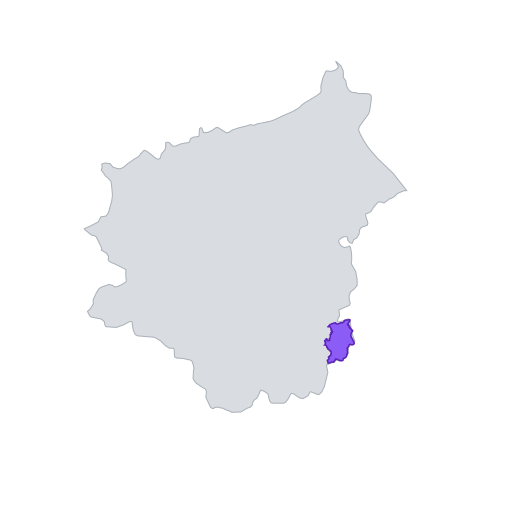 location of Braslaw, Vitebsk, Belarus, rotated 153°
{"feature_id": "67162791B18102707107362", "entity_name": "Braslaw", "entity_type": "district", "adm_level": 2, "iso_a3": "BLR", "parent_name": "Belarus", "parent_adm1": "Vitebsk", "projection": "mercator", "projection_center": [27.102, 55.56], "detail": "fine", "context": "in_parent", "style": "filled", "palette": "violet", "viewbox_px": 512, "rotation_deg": 153, "n_neighbors": 0, "source": "geoboundaries", "source_scale": "gbopen_adm2", "svg_char_len": 7719}
<svg xmlns="http://www.w3.org/2000/svg" viewBox="0 0 512 512"><g transform="rotate(153 256 256)"><path d="M396.6,358.3L389.6,357.9L381.2,358.0L376.5,361.3L371.4,359.7L367.8,361.6L359.5,370.6L356.3,375.4L353.2,382.9L351.3,388.4L352.3,392.2L353.9,395.8L354.2,399.6L355.0,402.6L352.9,404.8L351.7,407.9L348.2,407.4L344.0,404.4L343.1,400.0L339.8,396.9L337.6,395.4L334.0,395.1L328.3,396.5L320.9,397.6L315.3,397.9L312.2,399.5L307.7,401.0L305.9,399.2L303.4,394.2L301.3,389.3L299.9,387.1L298.7,386.5L297.1,386.6L295.4,388.2L294.1,389.8L289.4,391.7L287.3,393.5L285.0,398.0L283.5,397.7L281.9,396.6L280.2,391.5L277.7,390.4L273.7,390.3L268.8,389.2L264.9,387.7L263.4,388.0L261.1,390.2L258.5,390.5L252.9,388.6L251.8,389.5L248.6,395.1L247.1,395.4L246.2,394.7L246.7,389.8L243.4,388.1L238.0,387.8L234.1,388.5L232.2,388.3L231.3,387.3L226.5,379.1L224.0,378.6L219.6,379.0L213.0,378.0L205.4,376.2L201.2,375.5L199.0,373.6L194.3,373.0L181.8,369.5L176.6,368.9L169.1,368.8L157.6,368.1L150.2,368.5L146.8,369.7L142.8,370.4L129.1,371.3L124.2,372.3L122.8,374.0L121.2,377.8L115.6,384.3L110.1,388.7L109.1,389.0L105.9,386.7L103.3,385.9L100.1,385.7L97.9,386.4L96.5,387.5L96.7,392.6L96.4,393.0L94.0,387.0L94.2,381.6L95.5,378.5L97.1,375.7L96.5,371.5L98.1,366.0L98.1,361.9L97.4,360.2L96.1,358.2L92.6,355.9L91.0,354.2L86.2,351.9L81.4,348.9L80.6,347.2L80.8,345.9L81.6,344.1L85.3,338.6L89.2,333.3L91.8,331.2L105.2,324.4L107.3,322.0L107.8,317.9L107.6,309.7L106.8,302.2L105.7,297.0L103.2,287.3L96.2,267.0L92.0,245.8L94.7,247.0L101.1,247.5L106.2,246.1L108.9,245.9L111.2,246.3L118.0,245.1L119.6,247.0L122.6,248.7L128.5,246.3L133.8,243.3L139.2,243.6L140.0,242.1L141.3,234.6L142.9,232.9L149.4,233.7L151.8,232.3L154.3,228.6L158.2,226.3L161.4,226.3L164.7,223.6L166.3,225.4L167.1,228.5L166.0,231.0L166.5,232.0L168.8,233.3L172.8,233.2L175.3,232.2L175.9,230.8L175.9,228.1L175.2,225.7L173.6,223.6L170.4,222.5L168.2,222.5L167.9,221.2L168.6,218.3L170.5,213.1L172.9,208.3L174.4,206.5L174.6,204.8L174.4,201.9L174.3,196.7L176.5,189.3L179.3,183.8L183.2,182.1L187.9,181.1L191.0,178.5L192.5,175.4L193.7,170.7L195.3,169.7L206.6,170.3L208.4,165.5L209.4,164.2L211.5,162.8L213.1,161.1L212.5,159.8L209.6,158.9L202.7,158.2L201.4,156.6L201.8,154.7L203.6,149.8L205.4,143.4L206.3,138.4L206.4,135.5L207.3,134.7L212.9,133.8L214.8,132.8L219.6,126.0L223.2,124.8L232.7,126.6L237.0,126.4L242.5,126.9L243.0,126.2L244.9,119.5L254.3,108.7L259.3,104.9L262.4,104.1L263.6,104.3L268.6,110.0L269.7,110.2L273.1,107.8L278.9,107.6L281.5,109.6L285.4,116.6L287.4,117.5L293.0,113.6L296.1,112.3L298.1,112.3L308.7,117.7L309.5,119.5L309.5,121.5L307.9,127.8L310.1,131.7L312.7,134.4L318.1,130.0L320.1,128.8L322.3,128.8L325.2,127.1L327.3,124.7L329.4,123.9L333.3,124.4L340.3,123.9L348.5,127.7L349.2,128.9L353.3,133.3L354.7,135.6L356.1,136.3L358.3,138.4L361.2,139.8L363.2,139.4L364.2,140.1L365.1,141.8L365.1,144.7L364.8,153.0L361.9,157.4L361.5,158.9L361.7,160.7L364.0,164.3L367.0,169.8L367.7,173.0L367.7,175.4L363.6,182.5L362.2,184.1L361.3,187.6L360.8,191.1L361.1,192.5L367.9,198.1L373.0,201.1L374.1,202.6L374.2,203.5L371.5,209.5L371.3,211.1L375.3,213.5L377.5,217.4L379.5,223.7L383.4,229.7L397.6,238.5L398.9,240.1L399.3,242.0L398.9,246.1L396.3,253.9L398.7,255.0L405.0,254.7L412.7,255.7L421.9,261.2L421.9,263.6L420.9,265.9L421.6,268.2L422.6,270.2L430.5,276.4L431.3,278.1L431.4,281.1L431.2,283.3L429.0,283.7L426.6,284.7L422.6,287.3L421.0,291.0L414.5,296.0L410.5,298.3L407.3,298.4L399.8,297.4L397.1,294.9L396.0,292.6L393.1,291.6L389.2,291.5L383.9,291.9L382.8,292.6L381.9,295.4L379.6,300.2L378.0,302.9L384.8,312.3L388.2,316.2L389.3,318.6L389.2,320.3L387.6,322.3L387.9,326.2L391.2,331.5L390.0,332.3L389.7,338.8L389.7,345.6L390.6,347.3L392.4,348.6L393.9,351.1L396.4,356.8L396.6,358.3Z" fill="#d9dde1" stroke="#a8b0b8" stroke-width="1"/><path d="M240.4,127.8L239.6,127.5L238.5,127.3L237.4,127.3L236.5,127.0L235.7,126.5L234.9,126.1L234.0,126.8L233.3,126.8L232.8,127.3L232.2,128.0L231.2,127.6L230.5,127.1L230.0,126.3L229.6,125.7L229.0,124.7L228.0,124.5L227.8,124.0L226.8,123.6L226.0,123.5L225.4,124.2L224.6,125.0L224.1,124.8L223.2,124.8L222.3,125.0L221.9,125.0L220.9,125.7L220.2,126.4L219.6,127.4L218.9,127.4L218.4,127.8L217.9,128.9L217.7,129.7L217.3,130.6L216.8,131.2L216.9,132.1L216.3,132.7L215.4,133.0L214.3,133.5L213.9,134.0L213.4,134.6L212.6,134.7L211.9,134.4L211.6,133.8L210.8,133.2L209.9,133.0L208.9,133.0L208.1,133.6L207.8,134.9L207.8,136.0L208.1,136.7L207.8,137.3L207.8,138.4L207.9,140.1L207.8,141.2L207.4,142.3L207.0,143.0L206.5,143.6L206.2,144.0L205.7,144.5L205.0,144.7L204.3,145.0L203.8,145.5L203.8,146.1L204.3,146.5L204.2,146.9L204.2,147.5L204.5,147.8L205.0,148.4L205.1,148.9L204.6,149.3L204.5,149.8L204.7,150.4L205.2,150.6L204.7,151.1L204.8,151.7L205.3,152.4L204.7,152.5L204.8,153.2L205.2,153.7L204.5,154.0L203.7,154.4L203.1,154.9L202.3,155.2L201.7,155.8L201.3,156.5L201.7,157.0L202.7,157.2L203.6,157.5L204.4,157.8L205.2,158.3L206.1,158.3L206.9,158.2L207.5,157.5L208.1,157.4L209.3,157.2L209.8,157.5L210.9,158.1L211.6,158.1L213.0,158.1L214.0,158.3L214.7,158.7L215.4,159.3L215.4,160.3L216.1,160.6L216.6,160.8L217.0,160.9L217.6,161.0L217.9,161.0L218.5,161.0L219.3,161.2L219.8,161.3L220.0,161.3L220.5,161.2L220.8,161.2L221.2,161.1L221.5,161.1L221.8,161.1L222.1,161.0L222.4,160.9L222.6,160.7L223.0,160.5L223.3,160.4L223.7,160.3L224.0,160.3L224.0,160.2L223.6,160.1L223.3,160.0L222.9,160.0L222.7,159.9L222.4,159.8L222.3,159.7L222.3,159.3L222.2,159.0L222.1,158.5L222.1,158.1L222.1,157.5L222.1,157.2L222.1,156.7L222.2,156.3L222.4,156.3L222.7,156.2L222.8,156.0L222.8,155.8L222.7,155.5L222.5,155.4L222.4,155.3L222.3,155.1L222.3,154.9L222.5,154.8L222.6,154.7L222.5,154.3L222.3,154.2L222.2,154.0L222.2,153.9L222.3,153.6L222.5,153.5L222.5,153.4L222.8,153.3L223.0,153.3L223.1,153.5L223.2,153.8L223.3,153.9L223.5,153.9L223.9,153.8L224.1,153.7L224.2,153.4L224.2,153.1L224.2,152.9L224.2,152.7L224.2,152.4L224.3,152.2L224.5,152.1L224.8,152.1L225.0,152.2L225.2,152.3L225.3,152.4L225.6,152.4L225.7,152.2L225.8,151.9L225.9,151.6L226.0,151.2L226.2,150.7L226.3,150.5L226.6,150.2L226.8,150.0L226.9,149.8L227.1,149.6L227.2,149.4L227.4,149.3L227.6,149.1L227.8,149.1L228.1,149.0L228.4,148.9L228.5,148.8L228.6,148.6L228.7,148.3L228.6,148.2L228.4,147.7L228.6,147.4L228.9,147.4L229.1,147.5L229.3,147.5L229.5,147.7L229.8,147.8L230.0,147.8L230.3,147.9L230.6,148.1L230.7,148.4L230.7,148.5L230.6,148.8L230.5,149.2L230.5,149.5L230.5,149.9L230.6,150.1L230.7,150.3L230.9,150.3L231.1,150.3L231.3,150.2L231.6,149.8L231.9,149.6L232.0,149.5L232.4,149.5L232.8,149.5L233.2,149.4L233.3,149.3L233.4,149.1L233.4,148.9L233.1,148.7L233.2,148.3L233.4,148.2L233.5,148.1L233.5,147.9L233.4,147.8L233.3,147.5L233.3,147.3L233.5,147.1L233.8,146.9L234.0,146.7L234.2,146.2L234.4,145.9L234.6,145.6L234.9,145.4L235.1,145.4L234.8,145.1L234.5,144.8L234.2,144.5L234.0,144.1L234.0,143.8L234.0,143.5L234.1,143.2L234.3,142.5L234.0,142.3L233.9,142.0L233.8,141.7L234.1,141.3L234.3,141.1L234.3,140.9L234.3,140.6L234.1,140.4L233.8,140.0L233.6,139.4L233.4,139.0L233.3,138.6L233.3,138.3L233.2,137.9L233.1,137.6L232.9,137.5L232.5,137.5L232.4,137.4L232.4,137.2L232.5,137.0L232.6,136.9L232.7,136.6L232.8,136.4L232.9,136.0L232.9,135.7L232.9,135.4L233.0,135.3L233.1,135.2L233.3,135.2L233.5,135.1L233.8,134.8L233.9,134.6L234.0,134.3L234.0,133.9L234.2,133.6L234.4,133.5L234.6,133.4L234.9,133.4L235.0,133.4L235.2,133.5L235.4,133.6L235.7,133.6L235.9,133.5L236.2,133.4L236.4,133.3L236.7,133.3L236.9,133.2L237.2,133.1L237.4,133.0L237.5,132.9L237.5,132.7L237.4,132.5L237.3,132.3L237.3,132.0L237.3,131.8L237.4,131.6L237.6,131.4L237.8,131.3L238.0,131.1L238.3,131.0L238.5,130.9L238.8,130.9L239.2,130.8L239.4,130.8L239.7,130.7L239.8,130.7L239.9,130.4L239.9,130.2L240.0,129.8L240.0,129.5L240.1,129.2L240.2,128.7L240.3,128.2L240.4,127.8Z" fill="#8b5cf6" stroke="#5b21b6" stroke-width="1.5"/></g></svg>